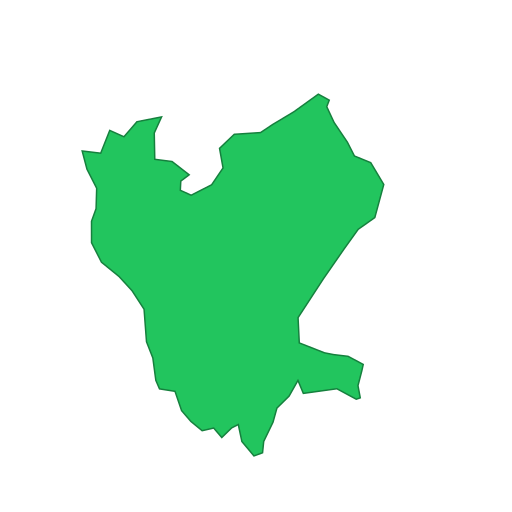 the district of Miliou, Paphos, Cyprus, rotated 153°
{"feature_id": "46923920B61429363291480", "entity_name": "Miliou", "entity_type": "district", "adm_level": 2, "iso_a3": "CYP", "parent_name": "Cyprus", "parent_adm1": "Paphos", "projection": "mercator", "projection_center": [32.461, 34.939], "detail": "fine", "context": "isolated", "style": "filled", "palette": "green", "viewbox_px": 512, "rotation_deg": 153, "n_neighbors": 0, "source": "geoboundaries", "source_scale": "gbopen_adm2", "svg_char_len": 1064}
<svg xmlns="http://www.w3.org/2000/svg" viewBox="0 0 512 512"><g transform="rotate(153 256 256)"><path d="M209.7,110.7L219.5,124.8L231.6,132.9L239.0,138.7L256.9,158.9L246.5,182.0L206.3,205.1L174.1,222.4L152.8,233.4L132.7,236.3L109.7,261.7L111.4,287.1L122.9,300.4L122.9,315.9L125.8,339.6L125.2,356.9L120.0,361.6L127.0,371.9L156.9,367.3L181.6,365.6L195.9,363.9L220.1,374.3L239.6,368.5L245.4,349.4L263.2,339.6L286.2,339.6L293.6,348.9L289.0,356.9L278.7,358.7L287.9,378.3L302.3,388.1L290.8,411.8L277.0,422.8L301.1,429.7L319.5,422.2L320.6,423.5L329.3,434.3L347.7,418.1L363.2,428.5L367.2,410.1L367.2,388.7L377.0,370.8L386.8,361.6L396.5,342.5L396.5,320.6L387.3,299.8L382.2,281.3L379.9,259.4L392.5,229.3L394.2,212.0L401.7,190.7L402.3,181.4L389.6,172.2L392.5,152.0L389.1,138.1L383.3,124.8L371.8,121.9L368.9,109.8L355.7,113.9L348.3,113.9L352.8,97.1L348.6,78.8L339.5,77.7L333.3,87.3L316.3,100.2L306.4,111.0L290.2,116.1L275.1,126.1L276.2,112.1L244.2,101.0L231.7,82.9L227.5,82.3L224.0,94.2L213.8,105.7L209.7,110.7Z" fill="#22c55e" stroke="#15803d" stroke-width="1.5"/></g></svg>